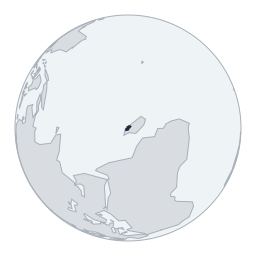 globe centered on Analanjirofo, rotated 214°
{"feature_id": "MDG-5863", "entity_name": "Analanjirofo", "entity_type": "Autonomous Province", "adm_level": 1, "iso_a3": "MDG", "parent_name": "Madagascar", "parent_adm1": "", "projection": "orthographic", "projection_center": [49.502, -16.347], "detail": "fine", "context": "on_globe", "style": "filled", "palette": "slate", "viewbox_px": 256, "rotation_deg": 214, "n_neighbors": 0, "source": "natural_earth", "source_scale": "10m", "svg_char_len": 6950}
<svg xmlns="http://www.w3.org/2000/svg" viewBox="0 0 256 256"><g transform="rotate(214 128 128)"><circle cx="128" cy="128" r="113" fill="#eef3f6" stroke="#a8b0b8"/><path d="M15.5,133.4L15.5,133.1L16.3,135.4L17.2,142.0L18.3,151.4L23.5,168.6L26.6,177.1L30.2,183.9L32.6,187.9L28.5,180.7L24.9,173.3L21.8,165.6L19.4,157.8L17.5,149.7L16.2,141.6L15.5,133.4ZM62.9,219.9L60.7,218.3L61.1,218.5L62.7,219.7L62.9,219.9ZM141.3,16.1L141.6,16.2L145.0,16.9L144.8,17.2L145.7,17.3L146.4,17.1L142.3,16.3L142.2,16.3L143.4,16.4L144.4,16.6L143.6,16.4L152.0,17.9L160.2,20.1L168.2,22.8L176.1,26.1L183.6,30.0L190.8,34.5L197.7,39.5L204.2,45.0L210.2,51.0L215.8,57.4L213.7,54.9L212.2,53.2L211.2,52.3L209.0,49.8L209.2,50.7L211.7,53.4L213.4,54.9L214.6,57.1L219.4,63.1L222.5,68.3L223.2,74.4L220.0,74.4L220.3,76.0L217.7,72.8L216.3,75.0L222.7,87.4L223.2,90.5L220.0,94.2L219.5,91.7L212.7,83.4L212.8,90.4L218.1,98.8L219.9,107.3L216.5,103.3L214.5,95.8L212.0,92.7L211.7,86.3L207.7,76.1L204.1,76.5L203.4,72.9L197.4,64.4L191.8,65.0L183.5,72.2L184.0,81.7L180.4,85.3L172.1,70.4L169.2,61.5L165.7,61.8L157.5,54.2L141.9,52.8L140.2,50.7L137.2,51.5L131.5,49.5L129.0,46.3L125.4,46.5L132.1,55.1L136.1,55.0L140.1,51.8L141.1,55.0L146.6,58.1L138.8,65.9L116.5,73.6L115.1,66.7L102.5,50.1L103.3,48.3L103.3,48.1L103.2,47.7L101.2,50.8L99.3,47.9L105.2,58.8L105.8,64.1L116.1,74.0L115.0,75.2L118.6,77.3L131.1,74.5L131.0,76.9L124.5,88.4L107.9,105.7L110.6,117.4L110.3,127.9L101.1,135.7L103.1,144.1L98.5,147.6L98.9,152.6L95.9,158.3L90.4,164.3L79.8,166.2L78.2,161.7L71.5,153.9L61.8,135.0L63.5,125.4L62.1,118.8L54.6,106.1L56.1,97.9L54.4,95.2L50.5,97.1L48.6,94.0L46.4,94.6L33.3,102.8L30.0,99.9L27.6,88.6L30.5,82.0L32.2,76.0L52.7,50.2L55.8,49.7L70.5,43.1L72.0,43.2L68.9,47.5L78.7,49.9L83.6,45.9L94.0,47.1L101.8,46.2L107.1,38.7L94.4,39.9L93.6,36.8L104.9,33.0L116.3,32.8L116.4,31.7L110.4,29.5L114.2,27.5L108.5,28.7L109.9,29.6L106.3,30.6L104.8,29.8L106.2,29.0L103.1,28.9L97.2,33.2L98.0,34.6L89.1,36.6L89.7,39.3L86.8,41.1L84.9,37.2L86.0,35.6L81.4,32.8L79.4,34.6L83.6,37.5L81.8,37.6L79.1,40.6L79.7,38.4L75.6,35.2L68.4,38.2L57.2,47.7L53.4,49.8L51.2,49.9L57.5,42.3L65.2,38.5L67.5,36.3L67.8,34.5L70.1,33.7L71.1,32.7L74.2,31.5L80.3,28.1L83.7,26.9L87.9,24.2L90.2,23.4L87.1,25.2L86.7,26.0L95.4,24.1L97.6,23.3L99.6,21.8L101.7,21.7L102.6,20.6L108.4,19.5L102.0,20.1L104.2,18.9L108.6,17.8L108.2,17.6L100.9,19.6L99.1,20.3L99.3,20.7L93.2,23.6L89.9,24.6L91.9,22.4L87.3,23.8L90.9,22.0L108.4,17.1L114.8,16.2L121.7,16.1L119.2,16.6L115.4,16.7L117.3,17.3L117.9,16.9L119.7,17.0L122.2,16.3L123.6,16.4L123.7,15.9L125.6,15.9L125.5,16.2L131.0,15.8L135.6,16.0L136.1,16.0L135.4,15.8L141.7,16.5L141.8,16.5L139.8,16.2L138.8,15.9L139.4,15.9L141.3,16.1ZM218.6,61.1L216.0,57.7L218.6,61.1ZM44.2,61.2L43.2,63.0L44.2,61.2ZM127.5,37.0L134.9,37.5L133.1,33.3L135.8,33.3L134.1,32.1L132.9,33.1L129.2,29.8L132.9,29.0L132.8,27.5L130.3,27.3L124.1,29.6L129.3,34.0L127.0,35.5L127.5,37.0ZM73.9,29.5L74.4,29.4L72.3,30.7L68.0,33.1L71.0,31.1L73.9,29.5ZM75.5,29.2L78.7,26.9L81.5,25.7L79.4,26.7L80.9,26.1L77.9,27.7L77.5,29.1L75.6,30.4L68.7,33.4L72.0,31.6L71.3,31.6L75.5,29.2ZM74.8,41.3L76.2,41.1L78.5,40.5L76.9,42.5L74.8,41.3ZM71.8,39.2L73.2,38.6L72.1,40.8L70.6,41.2L71.8,39.2ZM74.9,36.5L73.4,38.4L73.4,37.6L74.9,36.5ZM88.5,24.7L90.1,24.2L89.9,24.5L88.6,25.2L88.5,24.7ZM104.4,40.1L101.6,41.6L100.7,41.1L101.8,40.6L104.4,40.1ZM88.2,41.7L91.5,42.2L87.7,42.3L88.2,41.7ZM152.8,189.3L153.8,191.3L152.0,191.2L152.8,189.3ZM129.8,125.8L123.7,144.9L118.3,145.1L116.6,139.4L118.5,127.9L124.6,124.6L127.4,119.5L129.8,125.8ZM232.0,135.0L233.1,136.7L232.9,137.2L232.0,135.0ZM231.0,131.9L232.4,133.4L230.6,132.9L231.0,131.9ZM232.9,134.1L234.3,134.5L234.9,134.3L234.6,135.2L232.9,134.1ZM230.0,131.1L223.4,126.3L220.6,123.2L221.5,121.7L226.1,125.0L230.0,131.1ZM221.2,121.5L216.5,113.7L208.4,95.7L211.3,97.0L219.5,109.3L219.0,110.7L221.9,116.3L221.2,121.5ZM231.7,118.5L231.2,123.0L227.8,120.0L226.1,118.0L225.0,111.1L225.6,108.5L227.1,109.5L231.4,103.0L233.2,106.9L232.1,109.9L233.5,115.2L231.7,118.5ZM184.6,82.7L187.5,89.1L185.4,89.7L184.6,82.7ZM232.2,97.6L231.1,100.4L231.8,96.1L232.2,97.6ZM232.0,93.2L232.6,95.5L231.5,92.7L232.0,93.2ZM221.2,78.8L219.7,78.3L219.2,76.8L220.8,76.6L221.2,78.8ZM224.9,73.0L226.6,76.9L226.9,78.1L225.4,75.2L224.9,73.0ZM132.2,15.4L131.5,15.4L133.2,15.6L129.2,15.4L130.2,15.4L132.2,15.4ZM209.1,205.1L213.0,200.7L212.2,202.4L209.2,205.4L209.1,205.1ZM218.8,194.6L216.0,198.3L214.9,199.0L216.5,196.8L215.5,197.5L216.7,195.1L220.9,188.5L219.9,189.2L222.5,185.9L220.2,188.2L222.5,183.8L223.1,180.6L213.8,180.6L212.8,177.9L215.3,174.8L218.8,163.0L219.3,163.8L221.7,156.6L228.5,154.9L234.0,147.2L235.2,150.7L237.7,145.0L238.1,148.6L236.5,153.8L235.3,161.3L238.5,149.6L238.1,151.8L236.2,159.5L233.7,167.0L230.7,174.3L227.2,181.3L223.2,188.1L218.8,194.6ZM234.5,138.6L236.3,136.5L236.9,137.2L234.5,138.6ZM239.0,146.9L239.4,142.8L239.7,141.3L240.1,137.3L239.6,132.2L239.5,129.2L240.0,129.0L239.2,124.8L240.1,126.4L240.2,132.1L240.5,130.1L240.5,132.9L239.0,146.9ZM239.5,136.6L239.6,137.1L239.3,138.1L239.5,136.6ZM237.8,127.0L237.7,128.2L237.4,126.6L237.8,127.0ZM238.3,127.1L239.1,130.5L238.1,128.0L238.3,127.1ZM234.3,117.1L234.7,120.6L236.2,120.3L235.1,121.8L235.7,127.9L235.3,129.5L234.7,122.9L234.0,128.1L233.3,127.3L233.2,122.1L234.1,117.0L234.7,115.4L237.1,117.5L234.3,117.1ZM238.4,123.4L238.1,119.4L238.3,117.5L238.6,119.9L238.4,123.4ZM236.7,109.8L235.3,104.7L234.5,105.0L235.7,102.1L236.9,107.4L236.7,109.8ZM234.8,100.4L234.1,100.6L234.5,98.7L234.8,100.4ZM233.6,99.0L233.1,96.3L233.9,97.5L233.6,99.0ZM235.3,101.1L234.6,96.9L235.4,99.9L235.3,101.1ZM231.4,90.3L234.0,96.3L231.5,92.2L229.1,84.0L230.0,84.8L231.4,90.3Z" fill="#d9dde1" stroke="#a8b0b8" stroke-width="1"/><path d="M129.2,127.2L129.0,126.9L128.9,126.8L128.9,126.7L128.8,126.4L128.8,126.2L128.7,126.2L128.4,126.2L128.4,126.3L128.3,126.5L128.3,126.8L128.4,127.0L128.4,127.3L128.4,127.5L128.6,127.6L128.7,127.8L128.6,128.0L128.7,128.3L128.6,128.6L128.4,128.7L128.4,128.8L128.5,128.9L128.6,129.0L128.6,128.9L128.6,129.0L128.4,129.0L128.2,129.1L128.1,129.4L128.0,129.6L127.9,129.8L127.8,130.0L127.9,130.3L127.7,130.3L127.6,130.5L127.4,130.7L127.1,130.7L126.8,130.8L126.8,130.6L126.6,130.5L126.6,130.4L126.8,130.0L126.7,129.9L126.8,129.7L126.7,129.3L126.9,129.0L126.9,128.9L126.9,128.7L127.0,128.6L127.1,128.4L127.1,128.2L127.3,128.2L127.5,127.8L127.4,127.7L127.5,127.7L127.4,127.7L127.1,127.6L127.1,127.4L127.2,127.2L127.3,127.1L127.2,127.0L127.2,126.9L127.2,126.7L127.2,126.4L127.3,126.3L127.3,126.2L127.2,126.2L127.3,126.0L127.4,125.9L127.5,125.9L127.8,125.8L127.8,125.7L127.7,125.7L127.8,125.6L127.9,125.4L128.0,125.3L128.1,125.2L128.3,125.3L128.4,125.5L128.6,125.4L128.7,125.5L128.8,125.5L128.8,125.4L128.9,125.5L129.0,125.7L128.9,125.8L129.0,125.9L129.0,126.0L129.0,126.3L129.0,126.5L129.0,126.8L129.2,127.2L129.2,127.2ZM128.9,128.9L128.9,128.7L129.0,128.7L128.9,128.9L128.9,129.0L128.7,129.3L128.6,129.5L128.6,129.4L128.7,129.2L128.9,128.9Z" fill="#64748b" stroke="#1e293b" stroke-width="1.5"/></g></svg>